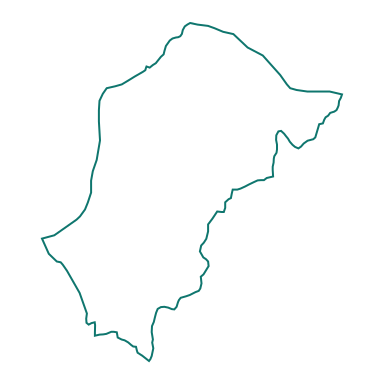 Papar, Sabah, Malaysia
{"feature_id": "92858781B69342492648863", "entity_name": "Papar", "entity_type": "district", "adm_level": 2, "iso_a3": "MYS", "parent_name": "Malaysia", "parent_adm1": "Sabah", "projection": "robinson", "projection_center": [116.051, 5.607], "detail": "fine", "context": "isolated", "style": "outline", "palette": "teal", "viewbox_px": 384, "rotation_deg": 0, "n_neighbors": 0, "source": "geoboundaries", "source_scale": "gbopen_adm2", "svg_char_len": 2307}
<svg xmlns="http://www.w3.org/2000/svg" viewBox="0 0 384 384"><path d="M152.9,339.5L151.7,332.1L152.0,326.1L153.8,322.0L154.9,317.4L156.1,312.8L157.7,308.9L160.9,307.1L164.3,306.8L168.2,307.6L171.8,309.1L174.3,309.4L176.6,306.8L178.0,302.2L178.9,300.1L180.7,297.8L186.0,296.3L189.8,295.0L195.5,292.1L198.7,290.9L200.3,288.5L201.5,283.4L200.8,276.7L203.5,274.4L208.6,266.1L208.1,261.5L206.0,259.2L203.3,257.4L199.9,251.4L201.2,245.5L203.8,242.7L206.3,238.8L208.1,231.4L208.1,224.4L212.4,218.7L217.2,211.5L221.6,212.0L223.8,212.0L225.2,207.9L225.2,202.3L228.6,199.2L230.9,198.1L231.8,193.5L232.7,189.6L237.3,189.6L240.5,188.6L245.1,186.5L248.9,184.5L253.7,182.2L257.6,180.4L261.3,180.1L264.0,180.1L266.7,178.0L273.1,176.5L272.7,170.1L272.7,166.7L273.6,162.6L273.8,158.7L274.3,156.2L276.5,152.8L277.0,149.5L277.0,144.6L276.1,139.9L276.3,135.3L278.4,131.4L281.1,130.9L284.1,133.7L286.1,136.3L288.0,138.6L289.8,141.7L292.5,144.8L295.0,146.9L298.4,148.4L301.0,146.6L303.7,143.5L307.6,140.7L313.3,139.2L315.3,137.4L318.3,127.3L319.2,124.2L322.9,123.4L324.2,119.8L325.6,117.3L328.1,115.7L330.2,112.9L334.3,111.6L336.5,110.1L337.7,107.7L338.6,105.4L339.1,101.0L340.9,97.7L342.0,94.4L329.5,91.5L321.7,91.5L307.1,91.5L296.6,90.0L290.2,88.2L286.8,84.3L280.2,75.0L267.6,60.9L262.8,55.5L247.6,47.5L233.4,34.1L223.1,31.8L214.5,28.2L210.3,26.7L208.1,25.9L201.7,25.1L197.6,24.6L190.1,23.0L187.3,24.6L184.8,26.4L182.8,30.0L181.9,33.9L180.3,36.2L178.2,37.2L175.9,37.5L172.5,38.5L169.8,40.5L165.9,46.0L164.5,50.8L163.6,54.4L160.9,56.8L155.8,63.2L152.9,65.0L149.7,67.6L146.5,66.5L146.0,67.8L145.3,70.2L143.1,71.7L134.6,76.6L130.1,79.4L121.8,84.4L115.1,86.3L106.7,88.2L102.8,93.8L99.5,100.8L98.9,110.2L98.9,121.5L100.0,140.4L96.7,159.9L92.8,171.2L91.1,180.6L91.1,192.6L87.8,202.6L85.0,209.5L80.0,216.4L76.6,219.6L54.3,235.3L42.0,238.6L48.8,253.8L56.8,261.5L60.7,262.3L62.7,264.6L65.0,267.9L67.1,271.0L79.6,292.9L86.9,313.5L86.2,318.7L86.5,322.8L88.7,324.6L91.5,323.1L94.7,322.3L95.1,325.1L94.9,333.1L94.9,335.7L99.7,334.6L103.1,334.4L106.3,333.9L111.3,331.8L113.8,331.8L116.8,332.3L117.7,337.5L121.6,339.5L124.6,340.3L128.2,342.4L131.2,345.0L133.2,346.5L136.0,346.8L136.9,350.6L137.6,352.7L142.4,355.8L149.0,361.0L150.4,359.1L151.7,356.0L153.3,348.3L152.2,342.6L152.9,339.5Z" fill="none" stroke="#0f766e" stroke-width="2"/></svg>